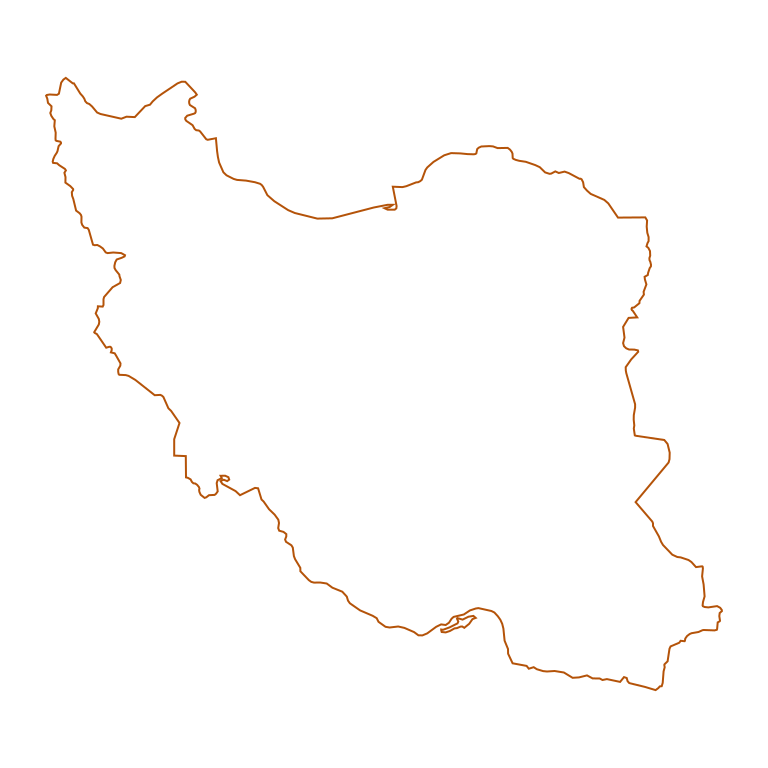 outline of Iran
{"feature_id": "IRN", "entity_name": "Iran", "entity_type": "country or territory", "adm_level": 0, "iso_a3": "IRN", "parent_name": "Asia", "parent_adm1": "", "projection": "mercator", "projection_center": [53.162, 32.435], "detail": "fine", "context": "isolated", "style": "outline", "palette": "amber", "viewbox_px": 768, "rotation_deg": 0, "n_neighbors": 0, "source": "natural_earth", "source_scale": "50m", "svg_char_len": 6030}
<svg xmlns="http://www.w3.org/2000/svg" viewBox="0 0 768 768"><path d="M392.8,186.7L402.5,187.1L406.3,186.2L416.1,182.4L418.2,182.2L420.3,181.1L421.9,179.7L425.5,169.9L427.3,167.4L433.5,161.9L444.2,155.3L451.1,153.1L460.3,153.4L467.6,154.1L473.9,154.3L475.4,154.0L476.3,153.4L477.2,149.1L478.7,147.7L481.3,146.5L489.4,146.1L493.0,146.4L497.6,148.1L507.7,147.9L510.0,149.6L511.7,151.8L512.5,153.6L512.7,158.0L513.3,158.8L515.8,159.9L519.2,160.8L525.8,161.8L535.3,165.1L539.8,167.2L545.1,172.4L549.5,173.8L551.2,173.6L555.3,171.4L558.8,173.0L564.6,171.6L568.8,173.1L579.5,178.8L580.6,178.7L581.6,179.3L583.1,182.2L583.9,187.1L587.0,190.6L590.7,193.9L604.3,199.9L608.3,203.4L618.0,217.6L645.3,217.4L647.1,220.5L646.7,226.6L647.3,232.8L648.6,237.1L648.6,241.1L647.5,243.1L646.5,246.4L648.3,247.8L650.0,251.1L650.2,255.7L649.4,258.1L649.5,260.1L650.3,261.8L651.0,264.7L650.9,266.4L649.7,268.1L648.1,272.9L647.8,275.0L644.6,276.8L644.9,279.4L646.4,284.4L643.6,291.8L643.9,294.6L639.6,300.8L639.4,303.2L634.2,307.4L632.0,307.8L631.5,309.0L631.9,310.1L632.8,310.8L637.2,317.4L628.6,317.9L623.1,326.9L624.5,337.6L623.1,343.1L624.0,346.2L626.2,348.3L629.0,349.5L634.3,349.6L637.9,350.4L638.2,351.8L631.2,359.4L625.7,367.2L625.8,370.5L626.3,373.2L635.1,404.2L635.1,407.6L633.8,415.1L633.7,419.6L634.3,425.5L633.8,428.5L634.8,435.4L636.0,435.8L664.3,440.0L667.6,444.0L669.7,452.7L669.5,459.2L668.6,462.5L635.6,502.1L652.3,521.6L653.0,523.3L653.0,526.0L658.9,536.4L661.1,541.8L663.0,545.0L672.3,554.7L677.3,557.0L680.7,557.4L688.5,560.0L691.4,562.0L696.0,567.1L701.3,566.4L702.4,566.4L702.7,566.8L702.9,568.5L702.1,576.4L703.6,584.4L704.6,596.4L703.0,602.0L702.6,605.5L702.9,606.2L704.6,607.0L708.3,607.4L717.1,606.1L720.2,607.8L721.8,610.0L721.9,611.1L719.7,613.0L719.3,616.1L720.0,620.8L719.7,621.3L717.7,622.4L717.1,629.1L716.8,629.8L714.5,630.4L703.7,630.0L702.5,630.2L698.5,632.0L691.6,633.2L689.7,634.0L687.1,636.0L685.3,638.5L684.9,640.8L684.6,641.2L680.6,640.8L679.3,642.7L670.6,646.4L669.5,648.7L667.6,661.3L664.6,664.2L664.3,664.9L664.7,667.2L663.6,671.3L662.7,682.9L661.7,686.2L659.8,686.4L658.3,688.1L655.6,690.1L644.9,686.9L629.3,683.1L627.6,681.2L626.7,678.0L624.0,677.1L620.1,681.9L606.9,679.1L602.5,680.0L599.7,678.5L592.6,678.4L587.0,675.4L579.0,677.4L572.6,677.8L563.9,672.5L554.6,671.0L547.0,671.5L543.1,671.1L536.8,669.2L533.7,667.2L528.8,668.7L526.6,665.9L512.6,663.3L508.1,653.7L508.0,649.0L504.6,640.7L503.4,628.6L502.2,623.8L500.3,619.7L497.8,616.2L494.4,612.5L491.4,611.0L478.4,608.1L475.8,608.5L470.0,610.4L463.8,614.5L453.6,616.9L451.6,618.7L449.0,622.7L445.7,625.0L441.1,624.4L436.2,626.8L427.2,633.4L422.4,635.4L418.4,635.3L414.1,632.1L404.4,627.9L398.2,626.5L389.6,627.5L385.5,626.8L378.5,621.8L376.7,618.2L372.7,615.8L360.1,610.4L349.9,603.3L348.0,600.6L346.8,596.6L342.3,591.7L332.4,587.7L326.7,583.5L320.1,582.5L314.0,582.6L311.3,581.9L308.8,580.1L300.4,571.3L300.3,567.8L295.1,559.2L293.9,556.1L292.8,547.6L291.4,545.3L286.0,541.8L285.1,539.5L286.3,536.4L286.3,534.1L283.5,531.9L279.2,530.7L278.2,528.1L279.0,523.0L278.3,519.7L274.6,514.6L269.1,509.3L263.6,501.5L261.5,499.5L258.1,488.3L255.0,487.9L240.0,495.2L235.6,491.1L222.4,483.9L220.6,481.2L222.2,480.2L223.9,479.8L227.2,481.1L229.2,479.6L228.4,477.2L225.1,475.7L220.6,475.8L221.8,478.1L217.6,480.2L216.7,483.1L217.7,491.4L216.0,493.8L214.6,494.9L209.0,495.2L206.3,497.3L204.6,497.9L200.7,494.8L199.4,491.9L199.1,489.9L199.5,488.7L198.9,487.0L197.1,484.8L195.2,483.5L193.4,483.3L191.9,481.9L190.6,479.4L187.8,477.8L186.0,477.4L185.8,456.1L174.2,455.6L174.2,439.2L179.5,423.0L171.1,410.9L168.4,408.3L163.4,397.0L162.0,395.7L160.4,394.9L154.7,395.2L135.3,379.9L128.6,375.9L125.8,375.1L119.3,374.8L118.6,374.0L118.2,371.8L118.2,369.4L120.3,365.7L120.5,363.4L116.1,355.6L114.7,353.3L110.9,352.4L111.7,350.1L111.7,348.6L111.1,347.4L110.3,346.8L109.2,346.8L106.2,347.7L96.9,334.1L94.7,332.9L94.2,332.2L98.8,324.5L99.3,321.8L98.8,318.9L95.7,313.4L97.8,308.3L97.9,306.3L102.7,306.6L103.5,305.0L103.5,299.2L104.1,297.0L112.6,287.2L120.1,283.0L120.8,280.0L119.5,276.2L119.3,274.6L115.7,270.2L114.5,268.0L114.4,265.9L115.2,262.3L116.7,259.5L121.7,257.8L124.6,256.4L125.0,255.2L121.2,253.1L113.3,252.5L107.5,253.1L105.7,252.4L102.9,248.5L100.0,246.4L97.3,245.0L94.6,245.2L93.0,244.7L88.8,229.9L87.6,228.1L84.3,227.6L82.2,224.9L81.4,222.5L81.5,216.7L81.0,215.0L79.7,213.3L76.1,210.6L73.3,199.0L72.1,195.8L71.8,192.2L73.2,189.9L73.1,189.0L70.3,186.1L65.4,182.6L65.5,177.1L64.4,172.8L65.9,170.4L64.9,168.9L59.2,165.2L57.1,163.3L53.1,162.9L52.7,161.7L53.3,159.0L54.7,155.9L56.8,152.7L57.5,151.1L58.6,146.2L61.0,143.4L61.0,142.7L60.4,141.7L56.5,140.9L55.7,140.4L55.5,138.8L55.7,132.7L54.3,126.3L54.8,120.2L53.4,119.0L51.3,115.8L50.3,113.0L51.3,110.3L51.5,106.3L48.0,102.9L47.3,98.7L46.1,95.7L46.8,95.0L49.6,94.5L57.0,94.9L58.9,93.7L61.2,82.6L63.4,79.6L65.8,77.9L72.7,83.3L73.9,83.3L80.3,93.6L82.8,96.4L84.3,98.7L85.3,101.3L87.0,103.1L89.3,104.0L92.1,106.5L97.1,112.5L100.5,114.0L121.3,118.7L126.5,116.7L134.8,117.1L145.2,106.1L150.0,104.7L152.7,101.4L157.0,97.4L162.3,93.6L177.5,83.4L181.7,81.7L185.3,81.8L195.3,92.5L196.8,94.7L194.5,96.7L190.2,98.7L189.4,100.1L189.1,101.9L189.3,103.6L189.9,105.0L195.1,108.3L195.7,110.1L195.7,111.9L195.1,113.1L193.9,113.7L187.2,115.7L185.2,118.0L185.3,119.4L186.3,120.9L192.6,125.2L194.6,128.9L196.2,130.2L198.8,130.5L200.1,131.4L206.2,139.2L207.7,139.8L215.9,138.2L217.1,151.2L217.9,156.9L219.1,162.5L223.4,172.3L226.5,175.3L233.6,178.9L237.0,179.9L246.0,180.6L254.9,182.2L260.1,183.8L261.7,185.0L263.1,186.8L267.4,195.2L274.3,201.2L288.1,210.1L294.8,213.0L317.3,218.6L332.3,218.3L373.8,207.5L387.6,204.8L392.8,204.8L389.7,207.0L384.5,208.2L387.7,209.7L394.7,209.7L396.3,208.4L396.6,206.1L392.8,186.7ZM472.5,619.1L469.2,623.8L464.3,627.8L462.2,626.5L460.5,626.6L457.0,628.1L454.5,628.4L449.9,631.0L445.7,632.4L441.7,632.0L441.2,630.2L441.2,629.5L443.0,629.8L449.5,627.4L457.5,623.4L458.3,621.6L457.0,618.7L457.4,618.1L462.6,619.6L468.5,616.7L473.4,615.9L475.7,617.9L472.5,619.1Z" fill="none" stroke="#b45309" stroke-width="2"/></svg>